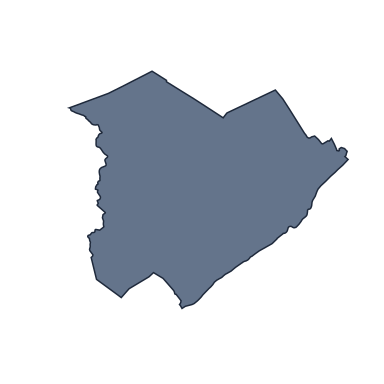 outline of Cenad, Timis, Romania, rotated 106°
{"feature_id": "2599482B67107815757127", "entity_name": "Cenad", "entity_type": "district", "adm_level": 2, "iso_a3": "ROU", "parent_name": "Romania", "parent_adm1": "Timis", "projection": "albers", "projection_center": [20.55, 46.131], "detail": "fine", "context": "isolated", "style": "filled", "palette": "slate", "viewbox_px": 384, "rotation_deg": 106, "n_neighbors": 0, "source": "geoboundaries", "source_scale": "gbopen_adm2", "svg_char_len": 5099}
<svg xmlns="http://www.w3.org/2000/svg" viewBox="0 0 384 384"><g transform="rotate(106 192 192)"><path d="M306.7,169.5L303.7,166.9L300.2,161.0L299.1,159.7L298.5,159.1L295.5,157.0L294.0,156.1L290.8,154.4L289.1,153.7L287.8,153.2L281.6,149.9L279.9,149.0L278.2,147.9L275.3,146.5L274.7,146.3L272.4,145.6L271.8,145.1L271.4,144.9L270.3,144.1L270.0,144.0L269.6,143.5L268.5,142.5L267.3,141.3L266.6,140.5L265.4,139.5L263.8,138.6L261.8,137.2L260.8,136.1L257.1,132.5L256.0,131.8L253.9,130.4L252.3,129.3L249.1,126.7L247.4,125.3L247.0,125.1L245.8,123.9L245.4,123.8L244.2,122.5L243.4,121.1L242.9,120.6L242.5,120.2L242.2,119.8L241.8,119.5L240.4,118.7L239.6,118.4L238.7,118.1L238.0,117.6L237.3,116.7L236.6,116.2L235.1,115.1L233.4,113.8L230.0,111.1L219.8,101.0L219.1,100.5L213.7,97.4L213.1,97.4L212.8,97.1L209.8,95.0L207.2,93.1L206.6,92.9L206.5,92.5L206.1,91.5L205.9,91.3L205.5,90.9L204.7,90.3L203.8,89.9L202.8,89.7L201.7,89.7L200.7,89.7L199.9,89.7L199.3,89.6L199.0,89.4L198.7,89.2L198.5,88.9L198.1,88.4L197.9,88.0L197.8,87.4L197.7,86.9L198.0,86.1L198.1,85.7L198.2,85.2L198.3,84.7L198.3,84.3L198.2,83.8L197.9,83.4L197.7,83.1L197.5,82.8L197.5,82.5L196.8,82.0L194.9,81.0L193.1,80.1L192.2,79.8L190.4,79.1L188.5,78.6L187.5,78.2L186.1,77.2L185.3,76.6L184.5,76.1L183.7,75.6L182.9,75.3L181.9,75.2L181.0,75.3L180.2,75.4L179.4,75.5L178.5,75.7L177.6,75.9L176.5,75.4L176.3,74.8L176.1,74.4L175.8,74.0L175.1,73.5L174.2,73.3L173.2,73.2L172.2,73.2L168.7,73.8L166.8,73.7L166.1,73.5L162.1,72.4L157.5,72.1L155.4,71.8L154.4,71.6L150.4,69.8L144.8,66.4L138.7,63.1L133.7,59.9L130.2,58.0L124.7,54.5L117.7,50.9L115.8,54.8L114.7,54.1L111.4,54.2L110.7,54.0L110.2,54.1L110.3,54.4L109.9,54.6L108.2,57.3L108.1,60.6L108.1,60.8L110.0,62.4L110.3,62.4L110.9,62.0L111.2,61.8L111.5,61.8L111.8,62.0L112.1,62.3L112.2,64.3L111.5,64.6L110.8,65.1L106.9,68.3L102.1,72.8L105.2,74.0L105.3,74.1L105.3,75.4L109.6,79.4L109.8,80.2L109.7,80.6L109.7,80.8L106.8,84.8L106.3,85.7L104.4,89.5L105.9,92.0L106.3,92.5L107.0,92.9L107.3,93.3L107.9,94.3L108.0,94.7L107.6,96.3L106.7,97.3L105.8,98.2L104.5,100.1L98.2,107.1L92.2,113.8L85.8,120.9L77.4,130.5L71.0,140.0L106.3,180.1L106.6,180.3L112.1,182.5L108.0,195.8L101.9,215.8L98.1,229.3L93.1,246.9L91.7,247.3L86.9,263.7L110.3,288.7L120.2,299.5L124.2,304.9L133.9,318.1L144.1,332.0L144.9,333.1L144.9,332.7L145.1,332.2L145.4,331.6L145.7,331.5L146.4,331.1L146.8,330.8L147.1,330.2L147.5,327.2L147.8,326.2L148.0,324.1L148.0,322.3L148.3,318.9L148.2,317.9L148.3,317.1L148.6,316.5L148.9,316.0L148.9,315.8L148.8,315.1L149.1,314.8L149.8,314.6L150.3,314.3L150.5,314.0L150.6,313.5L150.9,313.0L151.4,311.8L152.0,311.1L152.1,310.7L152.4,310.0L152.9,309.0L153.2,308.5L153.6,308.1L153.7,307.8L154.1,307.3L154.4,306.4L154.5,305.1L154.2,303.2L153.9,302.4L153.5,302.1L153.4,301.6L153.4,301.2L153.4,300.7L153.8,300.4L155.5,298.9L156.2,298.6L157.1,298.2L157.6,297.9L157.9,297.7L158.2,297.3L159.2,295.4L159.4,295.1L159.6,294.9L159.9,294.9L160.3,295.1L160.6,295.4L160.8,295.9L161.0,296.1L161.3,296.6L161.7,296.8L162.3,297.2L162.9,297.4L163.3,297.5L165.0,297.5L165.4,297.7L165.9,298.0L166.4,298.4L167.2,298.6L167.6,298.7L167.8,298.7L168.2,298.7L168.7,298.4L172.5,297.4L173.7,296.9L174.1,296.6L174.3,296.3L174.5,295.9L174.7,295.1L174.6,294.3L174.7,293.3L174.8,292.9L174.9,292.6L176.1,290.9L178.2,288.5L179.5,286.4L180.5,283.3L180.9,283.0L181.3,282.9L181.7,282.9L182.0,282.9L183.0,283.6L183.9,284.2L184.7,284.5L185.0,284.5L185.6,284.4L185.9,284.3L188.8,282.3L189.1,282.2L189.5,282.1L189.9,282.0L190.3,282.1L190.6,282.2L190.9,282.5L192.8,284.9L193.3,285.6L194.5,286.5L194.9,286.7L195.8,287.0L196.5,287.0L197.0,287.0L197.9,286.8L198.6,286.6L199.5,286.2L200.8,285.6L201.7,285.0L202.4,284.7L203.3,284.5L204.0,284.4L206.2,283.7L206.4,283.7L206.7,283.9L207.3,284.8L207.5,285.0L208.0,285.1L208.3,285.1L208.8,285.2L209.4,285.0L210.0,284.6L210.3,284.6L210.5,284.7L211.2,285.4L213.6,286.0L215.7,285.7L215.9,285.6L216.0,283.2L216.2,282.9L216.4,282.9L217.8,282.9L218.2,282.8L218.4,282.7L221.7,278.8L222.0,278.7L222.4,278.5L222.7,278.5L223.1,278.4L223.6,278.5L223.9,278.5L224.2,278.6L224.4,278.7L224.8,279.0L225.0,279.1L226.3,280.7L226.5,280.7L228.4,279.2L228.7,279.0L228.9,279.0L230.5,279.6L230.8,279.5L231.0,279.4L235.6,269.7L235.9,269.6L236.0,269.6L238.3,271.3L241.5,271.0L244.2,269.0L247.3,268.4L249.4,267.4L249.6,267.2L249.9,267.2L250.1,267.3L251.9,268.6L254.1,270.2L254.1,270.3L254.5,274.2L254.8,274.5L255.2,274.7L257.0,274.4L257.6,274.7L257.9,275.1L258.1,275.4L258.1,275.6L258.2,275.9L258.4,276.5L258.6,276.9L259.0,277.2L261.2,278.1L262.3,279.8L262.6,279.9L262.9,280.0L263.3,280.0L263.6,279.9L264.3,279.2L264.6,278.6L264.9,277.8L265.7,277.5L266.4,277.2L266.9,276.9L267.5,276.5L267.9,276.0L268.3,275.8L270.9,275.4L272.0,274.9L273.3,274.7L275.3,274.7L276.6,274.0L279.6,270.0L280.0,269.9L281.0,269.9L281.5,270.1L282.0,270.4L282.7,270.9L302.3,259.7L311.3,235.3L313.0,230.9L302.3,225.8L285.3,209.9L280.1,206.8L283.0,196.0L291.6,182.7L292.7,181.5L293.7,181.0L294.7,180.4L294.9,179.6L294.7,179.1L299.5,172.6L300.1,172.5L300.7,172.4L301.8,172.4L302.5,172.6L302.9,172.7L303.6,173.0L304.4,171.8L306.7,169.5Z" fill="#64748b" stroke="#1e293b" stroke-width="1.5"/></g></svg>